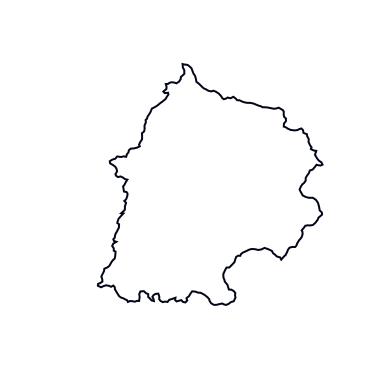 the district of São Miguel Arcanjo, São Paulo, Brazil, rotated 60°
{"feature_id": "56859067B88039902051634", "entity_name": "São Miguel Arcanjo", "entity_type": "district", "adm_level": 2, "iso_a3": "BRA", "parent_name": "Brazil", "parent_adm1": "São Paulo", "projection": "robinson", "projection_center": [-47.987, -23.932], "detail": "fine", "context": "isolated", "style": "outline", "palette": "ink", "viewbox_px": 384, "rotation_deg": 60, "n_neighbors": 0, "source": "geoboundaries", "source_scale": "gbopen_adm2", "svg_char_len": 4373}
<svg xmlns="http://www.w3.org/2000/svg" viewBox="0 0 384 384"><g transform="rotate(60 192 192)"><path d="M224.6,319.3L226.1,320.4L229.1,318.3L229.2,316.1L229.8,313.1L231.9,310.6L233.6,309.5L233.7,306.9L235.8,306.5L237.9,307.4L243.0,307.3L245.7,307.2L247.7,306.4L249.9,304.5L251.5,303.6L253.3,302.3L255.2,302.5L255.4,300.2L257.0,297.9L258.5,296.2L258.7,294.2L259.9,292.3L256.7,289.8L254.1,288.8L252.3,286.4L253.8,283.3L256.6,282.4L258.6,281.0L261.0,282.4L263.1,281.7L265.7,281.2L267.4,279.5L265.7,278.9L263.0,278.7L262.1,276.9L262.0,274.5L263.2,272.0L266.4,272.7L268.4,274.0L270.7,273.7L272.8,272.3L273.5,269.9L275.0,268.2L274.0,265.6L274.7,262.5L275.3,259.2L277.3,260.7L279.1,260.0L279.7,257.5L280.3,255.3L282.7,254.8L284.3,253.0L283.6,250.4L281.2,249.9L280.7,246.7L279.3,244.3L278.1,241.5L280.1,238.7L282.0,237.3L283.7,234.8L287.5,232.5L290.9,231.2L293.3,230.7L295.1,231.2L297.6,231.1L299.6,230.2L301.1,228.9L302.1,226.8L302.7,224.5L303.7,221.6L305.5,220.4L306.9,218.8L307.2,216.2L306.8,213.4L307.5,210.5L305.0,207.0L302.8,206.3L301.2,205.0L298.8,205.3L296.2,206.8L295.0,208.8L292.3,208.3L290.2,207.7L288.2,208.0L286.0,208.4L284.0,207.8L281.9,207.6L278.7,205.9L276.0,202.1L274.7,199.9L276.0,197.4L275.0,193.7L274.0,190.3L272.3,188.6L270.3,186.2L270.2,184.0L271.4,182.1L270.2,180.5L269.9,177.8L270.3,174.7L270.6,170.7L271.4,168.4L273.0,166.1L275.4,163.5L276.4,160.7L276.7,157.1L279.5,154.7L281.3,153.4L283.1,152.2L285.6,152.4L287.6,151.5L290.2,150.8L292.7,148.4L295.2,148.5L293.9,144.9L293.3,142.3L291.7,139.9L290.0,137.7L289.0,135.5L289.6,132.8L291.2,130.2L290.6,128.3L289.2,126.8L287.3,123.3L286.6,121.1L285.7,119.3L283.8,117.3L281.8,116.3L280.1,116.2L279.0,113.2L277.9,110.8L278.6,108.7L280.2,106.1L281.0,103.8L280.4,100.7L279.0,97.3L277.4,95.1L277.1,93.1L276.6,90.6L274.7,89.8L271.7,90.6L269.1,89.6L267.1,89.0L264.2,88.3L260.8,88.6L257.5,90.2L255.6,93.5L253.2,96.0L250.4,97.8L248.4,97.8L246.5,97.8L243.7,97.6L241.8,95.1L240.6,92.8L240.2,90.4L239.0,87.9L236.7,86.5L235.3,84.1L234.0,81.1L232.3,79.3L232.9,76.3L231.7,73.0L230.7,70.6L232.0,69.2L233.4,67.3L233.6,65.3L231.1,65.1L228.1,66.5L225.4,66.9L221.3,66.9L218.5,63.8L217.3,65.5L214.3,67.6L213.0,66.1L210.8,66.4L207.1,66.1L204.4,64.4L201.4,64.4L199.4,63.6L198.0,64.8L196.4,65.9L194.0,64.9L191.7,65.5L191.2,67.4L191.1,69.6L190.1,72.1L187.7,75.4L184.8,77.5L183.0,78.3L181.2,79.8L178.7,78.1L177.6,75.2L175.3,73.9L173.1,74.6L171.0,74.0L168.2,72.3L166.5,72.4L164.9,73.3L162.3,74.8L161.8,77.4L160.8,79.5L159.3,81.2L157.2,83.6L155.7,85.5L153.9,88.5L152.0,89.6L150.8,90.9L148.4,92.8L146.4,94.3L144.2,96.6L142.2,99.9L140.2,102.1L138.8,103.3L136.3,105.0L135.1,107.0L132.7,107.5L130.2,108.6L130.1,111.8L128.0,113.9L128.1,116.0L127.5,118.1L125.9,118.8L123.0,118.9L119.9,119.7L116.9,121.3L114.9,122.9L114.5,125.1L112.5,127.2L110.5,128.3L108.1,130.0L106.4,130.6L103.7,131.3L101.3,132.0L98.9,133.1L96.0,132.1L93.2,131.3L90.1,131.5L87.8,131.1L84.4,130.6L82.1,131.3L79.7,132.3L77.9,134.7L76.5,136.2L79.7,137.7L82.4,137.7L85.8,139.5L86.4,142.0L86.8,144.1L88.6,145.4L89.9,147.9L90.1,151.1L88.5,152.5L86.9,154.5L86.2,156.7L86.4,158.9L85.4,160.7L88.1,161.4L90.0,162.7L90.7,166.6L92.8,166.1L94.1,163.1L95.8,163.7L96.9,166.1L98.2,168.2L98.9,172.3L99.1,174.7L99.8,178.7L99.9,181.8L99.7,185.0L102.0,188.0L103.1,189.9L104.5,192.8L106.0,194.3L106.5,196.2L108.6,197.1L110.7,199.9L113.7,201.5L115.6,203.2L116.1,206.0L118.7,207.3L121.4,208.9L122.8,211.7L124.5,214.2L126.3,214.4L126.1,217.4L125.1,220.8L123.8,223.4L124.3,225.8L126.0,227.3L126.8,229.6L128.6,231.4L127.0,233.3L126.2,236.0L123.8,239.0L124.8,241.8L124.1,245.0L124.2,247.8L126.3,248.6L129.0,247.0L131.8,245.8L134.3,245.8L136.7,246.6L138.3,249.4L140.1,249.6L142.0,248.7L142.9,246.0L145.0,244.6L147.4,243.5L149.0,241.8L150.4,244.5L152.1,247.1L152.7,248.9L155.3,249.8L157.6,250.7L159.3,248.7L161.2,248.6L163.1,250.0L165.4,252.7L165.9,255.1L168.4,254.5L170.8,257.2L173.8,259.0L174.4,261.2L175.0,263.9L176.3,262.2L177.1,264.9L178.4,268.9L180.1,270.9L181.5,272.2L183.5,271.3L186.4,273.2L187.8,275.5L188.8,276.9L189.9,279.0L191.2,280.4L192.9,281.7L193.6,283.8L195.3,284.1L197.3,282.4L197.3,285.9L198.8,288.1L201.6,287.9L203.7,289.1L205.3,288.0L207.5,289.4L209.7,291.0L211.1,292.5L211.5,294.6L212.5,296.9L213.9,299.2L214.8,301.0L215.0,303.4L214.6,306.3L216.4,307.6L218.5,310.7L219.9,312.8L222.6,313.3L224.8,314.4L225.0,316.9L224.6,319.3Z" fill="none" stroke="#020617" stroke-width="2"/></g></svg>